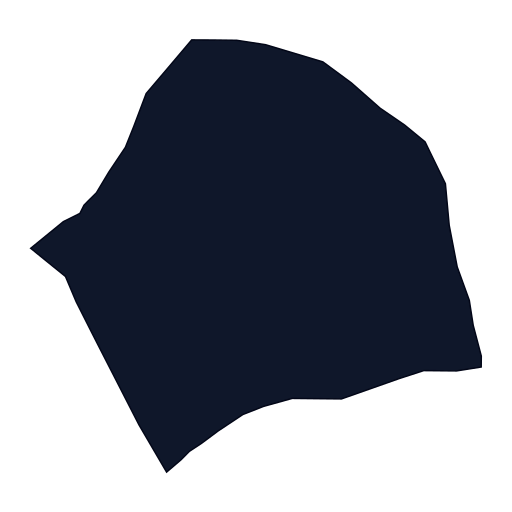 outline of Disuq, Kafr ash Shaykh, Egypt
{"feature_id": "37247803B31091771651272", "entity_name": "Disuq", "entity_type": "district", "adm_level": 2, "iso_a3": "EGY", "parent_name": "Egypt", "parent_adm1": "Kafr ash Shaykh", "projection": "mercator", "projection_center": [30.648, 31.145], "detail": "fine", "context": "isolated", "style": "filled", "palette": "ink", "viewbox_px": 512, "rotation_deg": 0, "n_neighbors": 0, "source": "geoboundaries", "source_scale": "gbopen_adm2", "svg_char_len": 722}
<svg xmlns="http://www.w3.org/2000/svg" viewBox="0 0 512 512"><path d="M166.6,472.1L181.1,459.7L189.3,451.4L201.7,443.2L218.2,430.9L242.9,414.5L263.5,406.4L292.2,398.4L321.0,398.7L341.5,398.9L399.1,378.6L423.7,370.6L456.6,370.9L481.2,367.0L481.3,356.1L473.2,325.3L469.3,300.3L457.2,266.9L449.2,225.3L445.4,183.7L430.5,153.1L425.1,141.9L404.7,125.1L380.1,108.2L351.5,83.0L322.9,61.9L265.6,44.7L236.8,40.3L212.2,40.0L191.7,39.9L169.0,66.7L146.2,93.5L133.7,126.6L125.4,147.3L108.8,172.1L96.4,192.8L88.1,201.0L84.0,205.2L79.9,213.4L63.4,221.6L30.7,248.3L31.7,249.1L32.7,249.9L37.6,253.9L45.0,259.9L65.5,276.5L76.2,301.8L91.8,332.7L97.5,343.9L139.0,424.9L166.6,472.1Z" fill="#0f172a" stroke="#020617" stroke-width="1.5"/></svg>